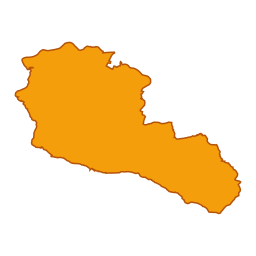 Axente Sever, Sibiu, Romania (Robinson projection)
{"feature_id": "2599482B14007981056124", "entity_name": "Axente Sever", "entity_type": "district", "adm_level": 2, "iso_a3": "ROU", "parent_name": "Romania", "parent_adm1": "Sibiu", "projection": "robinson", "projection_center": [24.236, 46.068], "detail": "fine", "context": "isolated", "style": "filled", "palette": "amber", "viewbox_px": 256, "rotation_deg": 0, "n_neighbors": 0, "source": "geoboundaries", "source_scale": "gbopen_adm2", "svg_char_len": 5757}
<svg xmlns="http://www.w3.org/2000/svg" viewBox="0 0 256 256"><path d="M240.6,181.9L239.3,181.1L237.1,180.7L235.0,179.7L235.3,178.6L237.2,176.1L237.5,175.1L237.6,173.8L235.7,170.6L234.5,169.7L233.8,169.6L233.1,168.7L232.9,167.2L231.5,166.7L230.9,166.3L230.4,165.8L230.0,164.8L229.0,164.0L228.5,163.0L226.8,162.9L225.1,162.3L224.6,162.1L224.7,161.2L223.2,161.3L221.7,160.9L222.6,160.2L222.5,159.7L221.9,159.2L221.9,158.7L221.1,158.5L220.7,157.2L219.8,156.1L219.8,155.7L220.1,155.1L219.8,154.5L219.5,154.1L219.5,153.4L220.0,152.3L220.0,151.5L218.5,149.5L218.1,148.6L217.9,147.3L217.6,147.1L217.5,146.1L216.9,145.7L216.6,144.7L215.6,144.9L211.3,144.6L210.2,144.3L208.6,143.1L207.8,142.3L207.3,141.2L207.2,140.7L207.4,138.6L206.3,137.3L206.0,136.5L205.0,135.3L202.8,135.6L202.6,135.1L202.2,135.1L202.1,134.6L201.6,134.6L201.6,134.0L200.8,133.7L200.0,133.7L199.8,134.1L199.3,134.2L199.5,133.9L199.2,134.0L198.9,134.4L198.3,134.7L198.2,135.0L197.3,134.8L196.8,135.0L196.9,135.4L196.5,135.4L195.7,135.9L194.1,136.2L192.6,135.9L191.6,136.6L190.1,137.0L188.0,137.3L186.2,137.9L185.4,137.8L184.4,138.2L179.5,138.8L177.5,139.2L176.4,138.8L175.1,137.5L174.2,137.2L174.6,136.7L174.7,136.4L174.4,135.3L174.8,133.7L173.9,131.6L173.0,130.2L173.5,129.8L172.5,128.5L172.7,127.7L172.5,126.5L171.7,125.1L171.7,122.5L168.6,122.2L165.3,123.4L163.7,123.4L162.7,123.7L160.9,123.4L158.6,122.4L153.9,122.2L151.9,123.0L151.3,123.5L148.6,123.9L146.2,124.8L144.7,124.7L143.3,124.2L143.2,124.0L143.9,120.4L144.6,118.2L145.4,116.8L144.3,115.4L143.7,115.1L142.6,114.8L142.2,114.4L142.2,113.0L142.5,111.7L140.4,111.0L140.3,110.1L140.4,109.8L144.5,105.2L144.9,102.7L144.6,101.6L144.6,100.8L143.1,99.7L142.4,98.9L142.2,98.5L141.7,98.6L141.5,99.0L140.8,98.5L141.5,97.4L141.6,96.9L141.6,96.1L141.1,94.8L141.0,94.1L142.2,93.6L142.3,93.1L142.7,92.8L143.0,92.3L143.1,91.8L143.3,91.6L141.3,91.0L142.4,88.6L143.0,88.1L147.2,85.6L148.8,84.8L149.6,84.2L150.6,82.4L150.6,80.0L150.4,79.0L148.3,76.7L147.3,76.1L142.2,74.8L140.2,72.5L138.4,70.8L136.7,69.6L135.1,68.8L133.6,68.2L131.0,68.0L129.9,67.5L129.0,66.7L128.7,66.0L128.2,65.5L126.8,64.6L125.6,64.3L124.3,64.2L123.3,64.4L123.0,64.7L122.5,64.6L122.1,64.3L121.6,63.4L121.6,62.8L121.2,62.2L120.6,61.7L120.3,62.3L120.2,63.2L120.3,65.7L119.1,65.9L117.4,66.9L117.2,66.7L116.3,67.2L115.3,66.4L114.1,66.0L113.4,67.3L113.1,68.5L112.5,69.1L111.0,68.6L109.2,67.6L109.1,67.4L106.3,66.1L107.8,63.0L110.4,63.2L110.7,61.5L108.9,60.9L111.7,55.3L112.9,54.0L114.5,53.0L114.6,52.8L114.3,52.2L106.7,52.5L102.9,52.9L103.0,52.2L103.2,51.9L103.1,51.4L101.9,50.9L101.2,50.1L100.6,49.7L98.6,47.4L97.9,47.0L95.9,46.6L95.4,46.9L94.2,47.2L92.7,47.0L91.7,47.2L90.5,46.6L89.6,46.7L87.2,46.2L86.1,46.8L84.3,48.1L84.1,48.6L83.4,49.3L80.8,50.2L79.4,50.2L78.6,49.8L77.2,48.1L74.8,45.9L73.4,44.2L72.3,43.3L70.4,42.5L68.5,42.5L66.8,42.8L65.0,43.4L60.4,47.8L58.6,48.6L55.0,49.5L48.6,50.6L47.0,50.6L43.8,49.8L42.6,49.9L41.8,50.2L39.8,51.7L38.2,53.8L37.2,54.7L35.6,55.6L33.8,56.4L32.0,56.9L28.9,57.3L26.5,57.3L24.3,57.8L22.7,58.7L22.2,59.3L22.0,60.0L22.1,60.7L23.9,64.7L24.7,65.9L26.1,67.1L27.5,69.5L29.1,69.5L29.1,68.4L29.4,67.7L29.8,67.5L32.8,67.4L33.0,67.7L30.7,68.0L30.1,68.5L31.0,70.4L31.0,70.9L30.9,71.4L30.2,72.0L30.0,72.4L30.0,72.9L30.3,73.9L30.0,75.4L27.8,79.8L28.3,80.2L28.9,81.8L28.7,83.0L28.1,83.9L27.3,86.3L26.2,87.4L25.2,88.1L21.5,89.7L19.6,90.6L17.5,91.0L16.6,92.1L15.8,92.7L15.5,93.6L15.4,95.5L15.8,96.2L18.2,97.0L17.2,97.6L17.6,98.2L17.8,99.1L19.2,100.4L21.0,101.3L21.4,100.6L22.5,101.5L23.0,101.4L24.1,102.3L24.0,102.6L23.2,103.4L23.2,104.0L23.7,104.6L24.7,105.0L25.2,105.5L25.1,106.4L26.2,108.5L26.6,108.7L27.6,108.9L27.7,109.1L27.4,109.8L29.4,113.4L29.5,114.2L30.2,115.8L30.1,116.6L31.6,117.9L31.9,119.5L33.6,120.5L34.8,120.5L35.5,120.8L36.7,122.9L36.1,124.7L36.6,125.5L36.6,126.4L36.5,127.5L34.8,130.8L33.9,133.3L34.0,134.1L33.7,137.8L32.3,139.4L31.9,140.2L31.9,141.2L31.5,142.8L32.0,144.5L32.7,144.7L33.3,145.6L34.8,146.1L35.9,147.3L39.1,147.5L40.9,148.1L41.2,147.8L41.1,147.3L41.6,146.8L42.9,147.8L43.2,148.8L43.7,149.4L46.2,150.2L49.1,153.0L52.0,155.3L51.0,156.1L51.3,156.6L52.9,156.7L57.6,157.7L60.0,157.4L62.9,157.9L64.8,158.6L65.3,159.4L65.9,159.6L67.2,160.7L68.5,161.0L70.7,162.6L72.3,163.2L73.2,163.4L74.5,163.4L75.1,163.6L77.7,163.6L80.1,164.0L80.9,164.3L81.5,164.9L82.1,165.0L83.1,164.8L83.6,165.3L86.1,165.9L88.9,167.8L90.0,169.0L90.0,170.0L90.7,169.2L92.0,168.4L92.8,168.8L93.7,169.8L93.8,170.1L93.7,170.1L94.0,170.3L94.4,170.8L94.9,170.0L95.9,170.8L98.2,171.0L98.3,171.5L99.2,171.5L101.0,171.8L103.0,172.7L104.4,172.6L105.2,173.0L105.8,172.7L105.8,173.1L114.1,173.0L119.5,172.7L120.8,171.8L121.4,171.7L124.6,171.9L128.0,171.6L131.5,172.1L135.8,173.5L138.2,173.1L138.8,173.5L140.2,175.9L140.8,176.4L142.5,177.1L144.2,177.3L145.3,177.2L146.1,177.8L146.3,178.1L147.1,178.4L148.3,179.5L149.7,179.4L151.3,179.6L151.6,180.2L152.3,180.4L152.7,181.0L153.8,181.4L154.6,182.3L155.4,182.7L155.9,182.7L158.0,183.7L160.4,185.1L160.6,185.6L162.0,186.6L163.9,187.3L164.3,187.7L165.2,187.9L166.5,188.7L166.8,189.5L168.5,190.8L169.0,191.4L170.9,192.0L171.6,191.9L172.0,192.2L174.1,192.5L175.1,192.5L175.5,192.2L176.1,192.7L178.1,193.2L178.6,194.0L182.1,196.9L182.2,197.9L182.0,198.2L183.7,199.8L184.0,199.8L184.2,200.3L184.1,200.5L185.3,202.7L187.7,203.6L189.8,202.9L190.5,202.3L191.7,202.2L197.2,203.1L200.9,204.8L202.4,205.9L202.7,206.4L203.8,206.6L205.7,207.6L207.1,208.9L208.9,212.0L210.2,212.3L211.7,212.1L213.0,212.4L216.0,212.4L218.8,213.5L220.4,213.0L221.3,211.4L222.2,210.6L223.9,208.4L225.8,206.3L227.3,205.4L229.9,204.7L233.3,200.3L234.1,199.8L235.1,197.9L235.7,197.2L238.8,195.6L238.7,193.4L238.9,192.6L239.8,191.6L240.2,190.8L240.4,189.7L239.7,187.3L238.3,184.8L238.3,184.5L240.3,182.7L240.6,181.9Z" fill="#f59e0b" stroke="#b45309" stroke-width="1.5"/></svg>